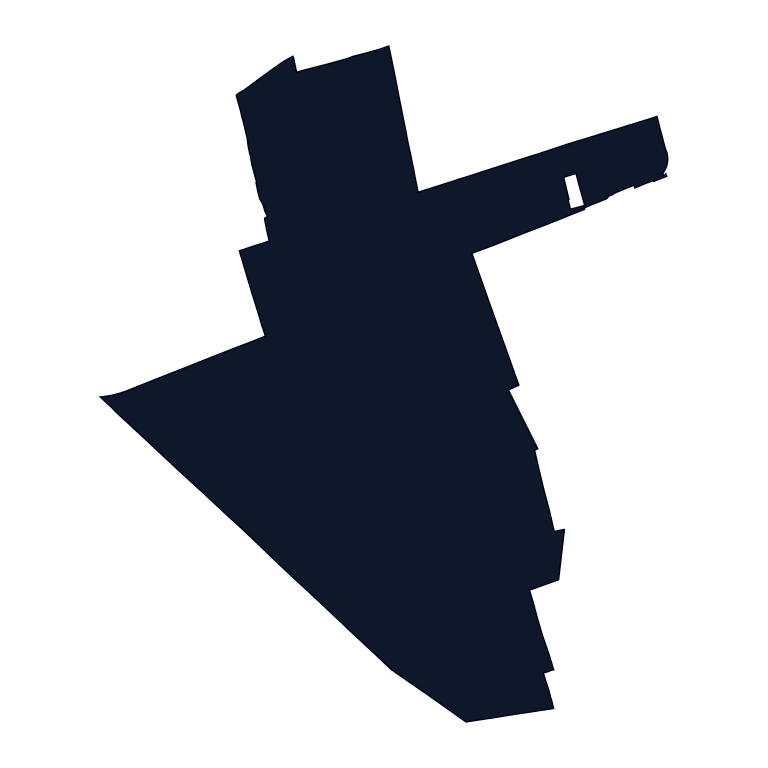 the district of Tomsani, Prahova, Romania
{"feature_id": "2599482B53047935448287", "entity_name": "Tomsani", "entity_type": "district", "adm_level": 2, "iso_a3": "ROU", "parent_name": "Romania", "parent_adm1": "Prahova", "projection": "mercator", "projection_center": [26.313, 44.945], "detail": "fine", "context": "isolated", "style": "filled", "palette": "ink", "viewbox_px": 768, "rotation_deg": 0, "n_neighbors": 0, "source": "geoboundaries", "source_scale": "gbopen_adm2", "svg_char_len": 4718}
<svg xmlns="http://www.w3.org/2000/svg" viewBox="0 0 768 768"><path d="M553.6,708.4L552.7,704.7L552.3,703.0L551.8,701.3L551.5,700.0L551.0,698.7L550.5,697.1L550.2,695.5L549.7,693.8L549.2,692.0L548.8,690.4L547.9,687.5L545.5,680.3L543.4,673.2L544.5,672.6L545.3,672.4L545.9,672.3L546.5,672.1L547.6,671.7L549.8,670.8L552.1,670.0L553.7,669.7L553.1,667.8L552.5,666.4L552.2,665.0L551.7,663.3L551.3,661.9L551.1,661.5L548.8,653.8L543.9,639.7L541.9,633.8L536.5,615.0L533.0,601.7L532.4,600.0L529.5,590.1L558.5,579.7L558.6,579.3L564.4,529.5L554.2,531.5L554.1,531.2L549.2,509.9L543.5,488.5L537.0,461.0L534.6,450.4L536.8,449.2L537.7,448.6L537.5,448.3L508.3,389.9L518.8,385.1L511.9,365.8L500.6,334.2L487.3,297.1L471.9,253.3L493.4,245.3L505.8,240.4L512.0,237.9L523.3,233.4L535.6,228.7L547.5,224.1L562.2,218.2L573.8,213.5L578.1,211.9L580.8,210.8L584.6,209.2L584.2,207.5L583.7,205.7L580.0,206.7L576.0,207.8L570.5,209.3L569.1,204.1L568.1,199.5L568.9,199.4L568.2,196.5L567.1,191.9L565.9,186.7L563.6,177.3L572.1,174.6L576.1,173.5L577.6,179.6L581.6,194.2L583.3,200.3L584.0,202.8L585.3,207.5L586.1,207.1L587.9,206.3L589.8,205.5L590.5,205.0L591.6,204.7L593.7,203.9L596.4,202.8L599.2,201.7L602.8,200.2L605.7,199.1L606.5,198.6L607.1,198.1L607.7,197.5L608.2,196.8L608.6,196.3L609.2,195.9L610.0,195.5L611.4,195.1L613.0,194.4L612.8,194.1L614.9,193.0L618.7,191.4L630.0,186.8L633.8,185.2L634.9,188.0L643.5,184.3L646.1,183.2L650.1,181.7L654.4,180.2L654.1,181.2L655.5,180.7L661.4,178.3L666.7,176.3L666.0,174.4L665.8,173.8L664.8,175.0L664.5,175.2L663.5,174.5L663.0,174.2L662.4,173.8L663.0,173.1L664.6,170.5L665.5,168.7L666.5,166.5L667.0,164.6L667.4,162.5L667.7,160.7L667.7,159.1L667.6,156.9L667.4,155.1L667.1,154.0L667.0,152.9L666.3,151.4L665.9,150.1L665.0,147.6L664.6,146.0L663.6,142.4L662.0,136.0L659.7,127.5L658.1,120.9L657.0,116.5L650.8,118.5L640.3,121.8L629.1,125.2L618.9,128.4L612.0,130.5L603.2,133.2L598.3,134.7L595.0,135.8L587.7,138.0L581.1,140.1L578.6,140.7L571.5,143.0L568.1,144.0L560.8,146.4L554.5,148.5L548.1,150.7L542.6,152.4L538.6,153.8L532.6,155.7L527.0,157.4L522.3,158.9L517.3,160.5L508.8,163.3L500.7,165.8L495.4,167.6L492.4,168.5L490.3,169.2L487.6,170.1L484.0,171.2L481.2,172.1L476.4,173.8L473.7,174.6L470.6,175.6L464.6,177.5L458.9,179.2L454.5,180.7L449.6,182.3L445.4,183.6L441.7,184.8L436.7,186.4L429.7,188.6L427.9,189.2L424.9,190.1L421.1,191.3L418.1,192.3L417.9,191.6L417.7,190.3L416.9,186.2L415.6,180.0L414.6,174.9L414.3,173.0L413.2,167.2L412.2,162.7L411.3,158.0L410.5,154.1L408.2,143.7L406.6,135.5L405.9,131.3L404.9,126.5L403.6,120.1L402.8,116.3L401.1,107.4L399.6,100.1L398.5,94.4L398.0,92.0L395.5,78.8L391.7,59.9L389.3,48.8L388.7,46.1L387.7,46.4L384.7,47.5L381.6,48.6L371.5,51.6L357.8,55.2L353.4,56.3L351.1,57.2L347.4,58.6L344.5,59.4L340.6,60.5L326.5,64.4L311.5,68.2L296.5,72.1L293.4,57.4L292.8,56.3L289.0,58.4L282.7,62.0L277.9,65.5L274.0,68.1L269.2,71.6L268.3,72.3L260.9,77.6L254.3,82.5L248.8,86.7L243.7,90.4L238.7,93.2L236.3,95.2L236.5,96.2L238.4,103.1L240.6,110.9L240.8,111.5L241.6,115.9L242.8,119.8L245.1,129.2L247.3,138.6L247.9,144.2L249.3,151.9L250.5,156.3L251.4,161.5L251.6,162.2L251.6,163.3L255.8,179.3L256.2,180.0L256.4,180.8L256.1,182.6L258.3,193.7L259.9,199.2L260.8,200.5L262.3,203.2L263.3,205.4L264.9,211.1L265.7,212.9L267.6,216.3L267.0,216.7L264.9,218.1L264.6,219.1L266.6,229.5L268.5,237.9L268.8,239.3L269.5,241.0L257.4,244.9L249.7,247.4L247.6,248.1L244.7,249.1L240.5,250.4L239.4,250.8L240.4,254.3L242.9,262.6L246.3,274.0L251.8,292.7L253.4,297.6L254.3,300.5L258.5,314.0L261.9,325.7L263.1,328.8L264.9,334.7L265.0,335.2L265.3,336.3L259.5,338.5L252.9,341.2L244.0,344.6L235.0,348.0L215.4,355.7L198.4,362.4L189.4,366.1L178.5,370.3L176.1,371.3L170.4,373.5L164.6,375.8L157.6,378.5L153.9,380.0L126.4,391.0L123.9,391.9L120.0,393.2L113.2,395.0L109.3,395.8L101.3,396.9L100.3,397.0L103.1,399.6L106.2,402.5L112.1,407.9L115.4,411.5L121.4,417.1L127.9,423.0L134.1,428.9L138.6,433.0L145.1,439.0L151.0,444.6L163.1,455.9L183.6,475.0L203.2,492.9L229.1,517.1L241.4,528.2L268.0,553.6L268.4,553.9L270.6,556.2L275.4,560.8L284.8,569.6L291.6,576.1L297.8,581.9L301.5,585.2L304.3,587.8L306.2,589.5L311.6,594.6L315.5,598.3L320.2,602.6L324.4,606.5L329.8,611.7L332.7,614.4L339.9,621.1L345.1,626.1L345.8,626.9L348.6,629.5L353.4,633.9L356.2,636.5L358.7,638.9L363.7,643.6L366.6,646.3L370.3,649.8L372.5,651.8L375.7,654.7L377.9,656.8L382.5,661.2L386.4,664.9L390.0,668.3L390.9,669.1L393.8,671.3L397.6,673.9L400.9,676.2L405.6,679.5L407.3,680.7L410.3,682.8L416.8,687.2L420.8,690.0L423.5,691.9L425.0,692.8L431.2,697.2L436.8,701.2L443.1,705.6L447.8,709.0L452.3,712.1L459.3,717.2L466.0,721.9L472.1,721.0L474.5,720.6L496.9,717.2L507.6,715.4L514.6,714.3L530.9,711.9L538.6,710.7L546.8,709.5L553.6,708.4Z" fill="#0f172a" stroke="#020617" stroke-width="1.5"/></svg>